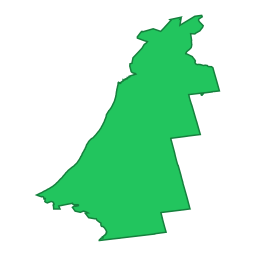 the district of Jūrkalnes pag., Ventspils, Latvia
{"feature_id": "27541924B11800996662451", "entity_name": "Jūrkalnes pag.", "entity_type": "district", "adm_level": 2, "iso_a3": "LVA", "parent_name": "Latvia", "parent_adm1": "Ventspils", "projection": "equal_earth", "projection_center": [21.409, 57.03], "detail": "fine", "context": "isolated", "style": "filled", "palette": "green", "viewbox_px": 256, "rotation_deg": 0, "n_neighbors": 0, "source": "geoboundaries", "source_scale": "gbopen_adm2", "svg_char_len": 5274}
<svg xmlns="http://www.w3.org/2000/svg" viewBox="0 0 256 256"><path d="M194.8,16.3L179.9,25.3L181.0,18.8L180.1,19.1L181.2,17.2L170.0,19.6L171.0,20.3L165.4,26.4L163.8,28.2L160.7,31.4L153.2,28.8L146.6,30.7L142.7,31.8L142.0,31.3L140.9,32.2L137.3,36.9L137.4,38.1L144.1,40.6L147.4,41.6L146.5,42.8L144.2,44.5L142.1,48.1L138.5,52.0L133.0,57.8L131.9,63.3L130.0,63.8L129.8,66.1L131.2,71.6L132.3,72.6L133.9,73.2L135.3,73.5L135.9,74.1L129.7,76.1L129.9,76.3L129.7,76.5L129.8,76.7L129.5,76.8L129.3,76.7L129.0,76.8L129.0,77.0L128.7,76.9L128.5,77.0L128.1,77.3L128.1,77.6L127.8,77.6L128.0,77.8L127.8,78.0L127.6,78.1L127.4,78.1L127.3,78.4L127.2,78.5L126.9,78.5L126.6,78.6L126.7,78.8L126.4,78.8L126.2,79.0L125.8,78.9L125.5,78.9L125.4,78.9L125.4,79.0L125.6,79.0L125.2,79.2L125.3,79.3L125.3,79.5L124.9,79.5L124.7,79.7L124.6,79.8L124.3,79.9L124.3,80.0L123.9,80.1L123.5,80.1L123.4,80.0L123.4,80.3L123.2,80.5L123.3,80.7L123.2,80.8L123.1,80.7L123.1,81.0L122.9,81.1L122.7,81.0L122.2,81.0L122.4,81.1L122.2,81.5L121.8,81.7L121.6,81.9L121.3,82.0L121.1,82.2L121.1,82.3L120.9,82.8L120.4,83.0L120.1,83.2L120.2,83.4L119.3,83.4L119.5,82.7L119.2,82.7L118.5,82.3L118.1,82.9L118.1,83.9L118.1,84.0L118.0,84.4L118.0,84.8L117.5,86.6L117.4,87.4L116.9,89.3L116.8,89.9L116.8,90.5L116.5,91.3L116.5,91.8L116.5,92.3L116.3,92.7L116.3,93.2L116.2,93.6L116.2,94.4L115.9,95.6L115.7,96.8L114.5,101.0L113.9,102.4L112.9,104.3L112.6,105.1L111.2,107.7L110.4,108.8L110.2,109.1L110.1,109.3L109.9,109.6L109.3,110.3L108.9,110.6L108.7,110.9L108.6,111.2L107.9,112.2L107.5,112.9L107.4,113.3L107.2,113.6L106.8,114.0L106.6,114.3L106.3,115.1L106.3,115.3L106.3,115.8L106.3,116.1L105.4,118.7L105.0,119.5L104.8,120.1L104.4,121.2L104.4,121.5L104.1,122.0L103.9,122.4L103.1,123.8L102.8,124.7L102.4,125.3L102.0,126.0L101.8,126.3L101.6,126.6L101.0,128.0L100.5,128.7L100.0,129.4L99.1,130.8L98.0,132.0L97.6,132.6L96.5,133.9L96.4,134.1L96.3,134.3L95.2,135.5L94.8,135.9L94.3,136.4L93.8,137.0L93.6,137.3L92.9,137.9L92.0,138.4L91.6,138.6L91.4,138.8L91.2,138.9L90.5,139.6L89.9,140.2L89.2,140.9L88.3,142.1L88.0,142.8L87.3,143.8L86.5,145.0L86.3,145.8L85.7,147.4L85.2,148.2L85.0,149.1L84.4,149.8L84.2,150.4L83.1,152.3L82.6,153.1L82.3,153.6L81.7,155.4L81.4,155.9L81.1,156.2L80.8,156.6L80.4,157.6L79.9,158.4L79.8,158.7L79.4,159.4L78.8,160.2L78.4,160.8L77.1,162.8L76.0,163.9L75.0,164.8L74.1,165.8L73.5,166.3L72.4,167.0L70.4,168.6L68.8,169.9L68.8,170.0L68.2,170.4L67.6,171.1L66.8,172.0L65.7,173.0L65.1,174.0L64.5,174.6L63.9,175.4L63.3,175.9L63.0,176.4L62.1,177.6L60.3,179.2L58.5,181.2L57.9,181.9L56.7,182.9L55.5,184.2L53.8,185.5L53.2,186.0L52.6,186.5L52.3,186.6L51.9,186.9L51.0,187.4L49.8,188.2L48.8,188.8L48.3,189.0L47.4,189.4L46.5,190.1L43.7,191.4L42.0,192.5L39.2,193.7L38.8,194.0L36.6,195.0L37.8,195.5L40.7,196.5L41.7,196.8L42.0,196.5L43.4,196.9L43.8,198.1L44.0,198.9L45.1,198.4L45.3,198.6L45.0,199.3L45.0,199.9L45.1,200.4L44.8,201.4L45.0,201.7L46.0,202.4L46.4,202.5L47.3,202.9L51.0,201.5L51.9,201.6L53.1,202.2L53.9,203.5L53.4,204.2L53.9,204.5L53.2,205.7L53.5,206.1L53.6,207.5L53.7,209.0L60.0,209.0L58.7,206.0L68.7,204.0L72.5,203.3L72.9,204.2L73.9,204.7L77.8,204.7L78.4,204.9L78.4,205.6L75.7,206.3L74.3,206.1L72.4,207.3L75.1,211.1L80.4,212.3L83.4,211.1L85.7,211.7L88.0,212.9L85.3,213.3L88.7,217.7L94.9,218.8L96.2,218.7L96.7,219.9L96.9,220.1L98.4,221.4L100.9,223.1L100.9,225.0L101.4,226.2L101.7,226.4L102.1,226.5L102.8,226.4L103.8,227.2L104.7,228.1L106.1,230.4L106.4,231.1L106.7,231.7L106.6,231.9L106.3,232.2L106.3,232.4L106.6,232.8L106.5,233.0L106.4,233.2L106.0,233.4L106.0,233.5L106.0,234.0L105.7,234.3L105.2,234.5L105.1,234.9L104.9,235.1L104.2,235.5L103.3,236.3L103.1,236.7L102.9,236.8L102.4,236.8L102.2,237.0L102.3,237.2L102.7,237.4L102.7,237.5L102.9,237.8L103.0,237.9L102.9,238.0L102.1,237.9L101.8,237.9L101.5,238.1L101.2,238.1L98.9,240.5L98.6,240.6L112.8,238.9L120.1,238.1L120.5,238.0L154.7,234.0L154.7,233.9L155.0,233.8L155.0,233.7L166.1,232.2L164.6,227.0L162.2,218.1L162.3,218.1L160.9,212.6L161.1,212.5L168.6,211.6L173.5,211.0L180.1,210.2L182.3,209.9L182.7,209.9L190.0,208.9L189.9,208.7L189.2,205.9L188.4,202.9L187.2,198.3L184.3,188.1L182.9,183.3L182.8,182.3L181.6,178.2L180.8,174.9L178.1,165.3L177.7,165.0L176.7,161.5L175.3,156.1L174.6,152.9L171.0,139.4L170.9,139.5L170.7,138.5L170.7,138.4L170.8,138.3L182.5,136.8L185.5,136.4L188.9,135.9L200.3,134.5L197.4,124.4L196.9,122.5L195.9,119.4L191.7,104.9L191.5,104.7L190.0,99.8L189.1,96.5L189.1,96.0L188.7,94.6L200.7,93.2L201.1,93.5L201.1,93.9L201.5,94.2L201.1,94.5L201.2,94.8L201.5,95.2L202.1,95.2L202.2,94.7L202.4,94.2L202.9,94.2L203.3,93.8L201.6,93.1L204.9,92.7L205.2,92.8L212.1,91.9L212.1,91.7L214.1,91.4L214.3,91.5L219.4,90.9L216.7,81.2L214.0,71.9L212.9,67.8L212.8,67.7L211.5,66.7L208.9,66.6L207.8,66.3L207.3,65.5L205.2,65.2L203.5,65.5L200.1,64.5L199.5,64.5L198.1,64.4L197.5,64.6L197.3,64.6L196.2,64.2L195.6,63.7L194.9,62.3L195.4,61.0L194.5,59.5L192.6,57.2L192.4,56.7L186.5,53.8L185.8,53.8L185.7,53.5L185.8,53.3L186.1,52.7L186.6,51.9L186.8,51.5L187.3,51.2L188.5,50.1L189.3,49.6L190.8,48.0L191.2,47.5L191.3,47.0L191.5,46.3L191.6,45.5L191.7,45.1L191.8,44.7L191.6,43.8L191.4,41.0L191.6,40.4L190.6,33.7L194.9,33.9L195.8,33.1L199.9,30.8L201.4,28.8L202.5,27.5L203.2,25.7L199.5,21.9L198.6,20.5L198.7,19.1L202.2,16.8L201.7,15.4L201.3,15.4L194.8,16.3Z" fill="#22c55e" stroke="#15803d" stroke-width="1.5"/></svg>